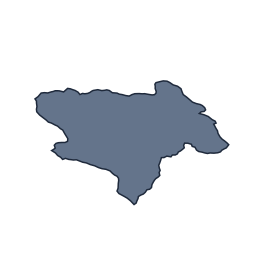 outline of Ibirá, São Paulo, Brazil, rotated 302°
{"feature_id": "56859067B89412000819303", "entity_name": "Ibirá", "entity_type": "district", "adm_level": 2, "iso_a3": "BRA", "parent_name": "Brazil", "parent_adm1": "São Paulo", "projection": "equal_earth", "projection_center": [-49.219, -21.072], "detail": "fine", "context": "isolated", "style": "filled", "palette": "slate", "viewbox_px": 256, "rotation_deg": 302, "n_neighbors": 0, "source": "geoboundaries", "source_scale": "gbopen_adm2", "svg_char_len": 2334}
<svg xmlns="http://www.w3.org/2000/svg" viewBox="0 0 256 256"><g transform="rotate(302 128 128)"><path d="M181.3,127.7L179.4,127.6L177.8,129.0L175.8,130.2L174.0,132.5L172.3,133.3L170.3,132.8L168.8,130.9L167.4,127.6L165.9,123.9L164.5,121.9L163.1,119.2L160.7,115.6L158.5,113.7L155.7,112.1L154.3,108.9L153.2,105.2L152.1,102.7L151.8,100.2L149.6,96.0L149.9,92.3L149.1,89.8L147.5,88.1L145.8,85.9L144.5,82.1L141.4,78.6L139.8,77.6L138.0,76.9L136.0,75.5L134.1,73.2L133.2,71.1L130.9,69.5L131.9,66.7L131.8,63.2L131.2,60.8L130.7,58.4L129.6,55.8L124.5,54.3L123.0,49.8L121.0,46.5L119.3,45.2L117.9,43.7L115.2,41.4L113.7,38.4L111.6,35.8L106.9,35.1L103.4,33.7L102.4,36.0L100.5,37.3L98.0,39.4L95.4,40.4L93.4,42.0L92.2,46.1L91.7,51.1L91.4,54.4L90.8,57.3L91.6,60.4L91.9,64.7L92.3,67.2L91.6,71.1L91.7,73.7L89.8,77.1L87.1,82.6L84.6,83.8L82.4,82.3L80.7,79.6L78.6,76.7L76.8,75.1L74.3,74.6L72.4,76.9L70.6,76.3L68.4,75.2L68.4,79.7L67.4,82.9L67.5,86.4L66.7,89.2L69.1,91.0L70.0,94.5L71.0,96.5L71.9,98.6L73.7,101.1L75.0,107.8L76.3,111.1L77.0,115.4L78.3,119.8L78.8,123.9L79.7,127.5L81.3,131.2L82.1,135.5L81.3,138.9L81.0,141.6L81.3,144.2L80.4,146.5L78.6,147.9L75.9,149.1L71.7,151.5L68.7,152.1L67.6,155.0L67.8,157.9L68.0,161.1L68.1,164.5L67.6,168.7L66.3,173.7L68.7,174.7L70.8,174.2L73.4,173.9L75.4,173.1L77.9,174.4L80.1,176.0L82.6,176.7L85.7,176.8L87.5,178.8L89.9,179.5L92.7,178.3L95.8,178.1L98.0,178.1L99.9,178.4L102.2,179.5L104.6,180.1L106.7,178.0L109.1,177.7L110.6,175.8L112.7,173.8L114.8,173.5L117.9,172.8L120.6,172.0L122.0,174.2L124.7,175.8L126.3,179.7L128.6,179.9L130.2,182.4L132.2,183.6L134.3,183.4L136.2,184.6L138.6,185.5L141.0,186.2L142.8,184.4L145.1,184.0L146.8,186.8L147.8,190.4L146.4,192.2L147.2,195.0L145.6,197.8L145.5,200.4L146.7,203.4L147.5,206.2L148.5,208.9L150.3,210.8L152.2,214.2L154.6,217.3L156.8,219.1L158.8,219.3L161.2,220.6L163.2,221.9L165.2,222.1L167.2,222.3L167.8,219.9L168.2,216.9L168.4,213.8L169.2,210.8L171.1,207.2L173.1,205.3L174.3,202.8L175.6,200.6L176.7,198.6L178.8,200.1L180.0,198.3L179.7,194.9L180.3,190.0L179.5,185.4L178.1,180.8L180.5,181.5L182.4,183.8L184.5,184.2L185.9,182.2L186.4,179.2L186.2,176.8L184.9,173.0L184.1,168.9L184.6,165.9L185.3,161.1L185.6,157.1L187.6,154.3L189.4,152.1L189.7,147.9L188.5,143.5L188.7,139.4L188.4,136.3L186.6,132.9L183.9,130.2L181.3,127.7Z" fill="#64748b" stroke="#1e293b" stroke-width="1.5"/></g></svg>